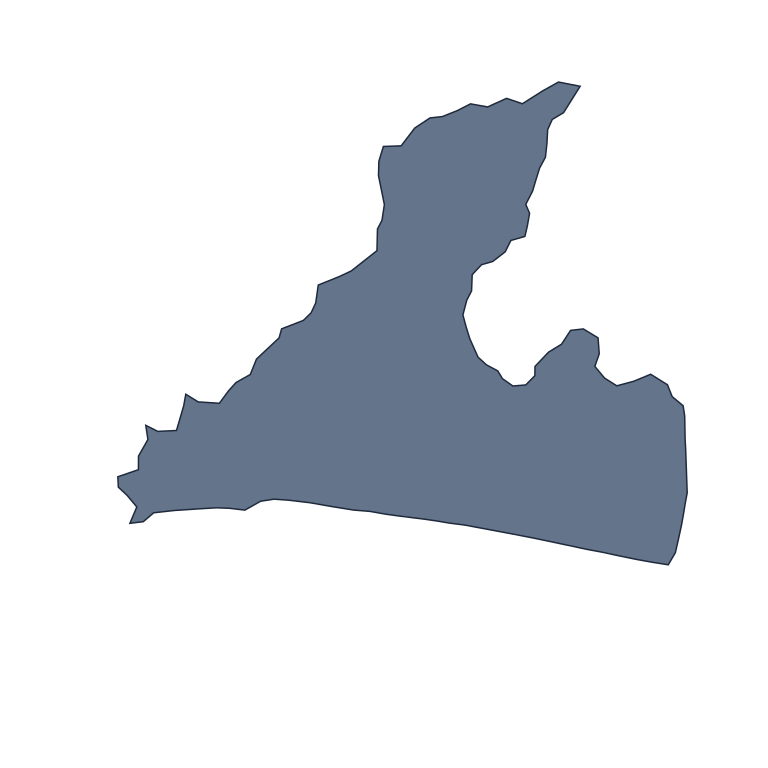 Matinhos, Paraná, Brazil, rotated 75°
{"feature_id": "56859067B19648213894292", "entity_name": "Matinhos", "entity_type": "district", "adm_level": 2, "iso_a3": "BRA", "parent_name": "Brazil", "parent_adm1": "Paraná", "projection": "natural_earth1", "projection_center": [-48.56, -25.776], "detail": "fine", "context": "isolated", "style": "filled", "palette": "slate", "viewbox_px": 768, "rotation_deg": 75, "n_neighbors": 0, "source": "geoboundaries", "source_scale": "gbopen_adm2", "svg_char_len": 1742}
<svg xmlns="http://www.w3.org/2000/svg" viewBox="0 0 768 768"><g transform="rotate(75 384 384)"><path d="M404.7,665.1L414.9,667.3L425.0,661.0L438.8,654.6L452.8,665.5L454.7,652.1L448.8,639.8L451.9,619.3L456.6,595.6L460.2,577.9L464.0,565.6L469.8,551.0L465.3,533.5L466.8,520.0L471.4,506.6L479.5,486.3L488.8,466.3L497.9,446.0L503.4,430.6L510.2,416.0L515.1,404.4L525.3,379.3L530.1,368.2L535.4,356.6L540.9,343.1L549.0,326.1L554.9,313.8L560.8,301.5L571.9,278.7L586.9,249.1L596.2,230.9L602.6,217.5L610.8,201.5L618.9,185.3L625.3,171.7L632.2,156.2L622.3,146.2L610.2,139.8L596.6,132.8L586.3,128.0L577.2,123.9L567.6,119.3L524.2,109.3L515.5,107.5L492.6,101.8L482.4,100.7L470.8,108.9L458.1,110.4L443.6,123.9L446.0,142.1L446.0,159.6L435.4,169.4L421.6,175.8L410.6,168.3L394.9,165.3L382.4,177.2L380.5,189.9L391.5,202.2L395.8,216.8L406.1,233.6L415.0,236.1L421.6,247.3L419.3,260.0L409.5,268.2L400.8,270.7L392.0,280.1L382.4,286.2L362.5,289.4L349.8,289.9L337.7,289.9L324.4,282.3L316.7,275.3L301.2,270.5L294.0,258.9L293.8,247.3L287.7,232.7L278.2,224.3L277.9,209.7L268.6,204.7L256.8,199.2L247.2,200.6L236.2,190.6L225.8,184.2L215.7,177.8L206.8,169.4L193.4,164.2L180.7,160.1L172.0,153.0L168.4,140.3L147.2,117.5L137.5,137.3L141.9,154.8L149.1,177.8L139.8,191.7L143.2,212.2L135.8,227.9L138.9,242.5L140.8,258.4L138.9,270.7L144.7,288.0L158.4,305.8L154.4,323.1L167.5,331.3L181.3,335.4L210.8,337.2L225.4,343.6L232.6,350.2L253.4,356.3L266.3,386.4L268.6,399.1L271.4,421.9L288.1,429.0L296.4,436.0L301.7,445.4L304.2,468.6L312.3,473.4L326.9,500.7L340.2,510.7L344.3,526.6L350.2,535.7L360.0,548.0L353.2,568.1L342.6,578.1L353.2,583.1L375.2,596.5L371.2,614.8L362.3,624.8L376.5,626.4L390.1,639.8L403.2,643.4L404.7,665.1Z" fill="#64748b" stroke="#1e293b" stroke-width="1.5"/></g></svg>